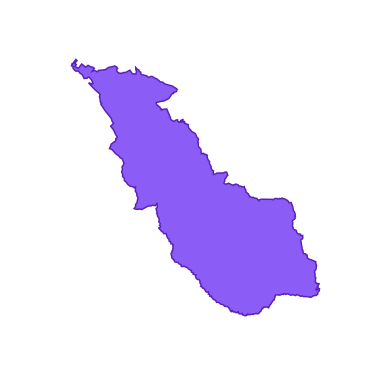 Gura Calitei, Vrancea, Romania (Natural Earth projection), rotated 194°
{"feature_id": "2599482B12509876512521", "entity_name": "Gura Calitei", "entity_type": "district", "adm_level": 2, "iso_a3": "ROU", "parent_name": "Romania", "parent_adm1": "Vrancea", "projection": "natural_earth1", "projection_center": [26.933, 45.627], "detail": "fine", "context": "isolated", "style": "filled", "palette": "violet", "viewbox_px": 384, "rotation_deg": 194, "n_neighbors": 0, "source": "geoboundaries", "source_scale": "gbopen_adm2", "svg_char_len": 5996}
<svg xmlns="http://www.w3.org/2000/svg" viewBox="0 0 384 384"><g transform="rotate(194 192 192)"><path d="M336.8,292.5L339.0,287.2L339.4,287.3L339.4,285.2L337.9,285.1L337.3,283.2L335.1,281.6L333.7,281.2L331.7,281.8L331.0,281.6L329.5,280.2L327.0,279.4L324.1,276.0L321.2,277.1L320.6,278.4L320.1,278.7L316.7,276.6L314.2,273.2L315.3,272.6L318.1,273.0L318.2,272.4L310.8,267.7L304.9,264.7L304.9,262.0L304.2,261.2L302.8,257.3L301.2,256.3L301.7,255.6L301.5,254.9L295.9,249.8L288.3,244.0L286.6,241.3L284.9,240.0L285.8,237.7L286.8,236.5L286.8,236.1L283.2,233.3L279.7,229.0L278.0,227.6L277.7,226.6L278.8,225.5L278.5,223.7L278.9,222.2L279.8,221.7L281.9,219.0L282.5,214.1L280.2,214.0L275.3,210.7L271.7,209.3L270.3,208.0L267.3,207.1L266.4,205.3L265.0,203.7L265.1,201.6L266.0,199.4L265.0,197.5L265.1,194.3L263.4,192.2L263.3,190.6L262.7,189.9L261.7,189.6L260.9,188.5L260.4,186.7L258.0,185.5L256.4,184.0L253.6,182.7L251.0,182.8L249.1,182.1L248.0,183.3L247.1,178.9L245.5,177.7L244.5,175.0L242.7,172.9L243.0,171.6L242.8,168.2L243.6,166.6L243.7,165.7L243.1,164.2L244.2,161.9L242.2,161.7L239.6,162.3L239.2,162.8L236.4,162.9L231.2,167.7L228.4,168.6L226.8,169.7L224.3,169.8L223.4,172.4L223.0,172.3L223.1,171.6L222.3,170.1L222.0,168.6L222.9,167.1L221.2,164.3L220.9,163.3L221.1,162.5L220.3,162.1L219.7,160.4L217.6,158.3L216.9,156.8L217.1,155.0L215.2,153.8L215.1,152.5L215.5,151.9L214.1,150.7L214.5,149.7L215.5,149.1L215.5,148.8L212.8,147.2L212.2,146.5L210.3,145.9L209.4,144.8L206.9,145.3L205.0,141.9L203.7,140.9L203.0,140.8L202.1,138.5L201.4,138.8L200.5,138.3L199.9,136.6L199.1,136.7L197.3,136.2L197.6,135.6L197.2,133.9L196.6,133.2L196.9,132.1L196.6,130.6L197.2,130.0L196.7,128.6L197.5,127.3L195.3,122.9L193.9,122.1L193.1,122.0L192.9,121.3L191.6,120.0L188.4,120.2L187.5,119.3L184.6,118.6L184.6,117.5L183.8,117.2L181.2,118.0L177.6,117.2L176.8,116.5L173.6,115.6L173.4,114.4L172.8,113.9L171.4,114.0L171.0,112.5L168.2,112.5L168.4,111.4L166.8,109.0L164.6,108.4L163.8,108.7L163.0,108.0L162.2,105.6L160.3,103.6L160.7,102.5L158.8,102.0L158.5,101.4L157.1,101.2L155.7,100.2L154.4,98.6L153.0,98.4L152.0,99.1L151.4,98.1L151.5,96.9L150.1,96.6L149.4,95.1L148.0,95.6L147.8,94.8L146.1,93.9L145.4,93.0L143.0,92.6L141.5,90.9L139.3,91.3L136.9,90.1L134.9,90.2L133.6,89.8L132.9,89.0L130.0,89.3L128.5,88.8L127.8,87.8L126.9,87.5L126.1,86.1L124.8,85.4L124.5,85.7L124.8,86.4L124.4,86.7L123.8,86.6L122.8,85.6L121.3,86.1L120.4,85.6L119.1,85.7L118.7,86.6L118.1,86.9L117.1,85.4L115.9,85.3L113.8,86.3L113.5,85.1L110.8,84.8L109.5,85.2L109.4,86.0L108.6,86.1L108.3,87.2L107.6,86.7L106.7,86.7L104.0,88.1L103.1,87.9L102.5,88.9L101.2,89.1L100.5,89.7L98.7,89.6L97.6,90.8L97.2,92.2L96.4,92.6L96.1,95.3L95.4,95.7L95.6,96.4L94.8,96.8L94.4,97.9L93.5,97.8L91.6,98.6L89.6,98.2L89.7,99.5L89.1,100.1L89.1,101.7L88.4,102.2L87.1,106.5L86.2,107.1L86.1,111.3L85.8,112.5L81.8,113.2L79.6,114.8L78.5,114.8L77.8,115.8L76.2,115.3L75.2,116.1L73.9,116.3L71.0,115.7L69.6,116.8L66.5,116.5L65.3,117.9L61.1,117.1L59.9,117.8L58.5,117.5L54.6,118.4L51.6,118.5L50.7,118.9L48.9,120.8L46.3,121.8L45.3,123.5L45.6,125.5L44.6,126.8L44.9,129.0L45.7,128.8L47.4,127.1L48.1,127.2L48.0,127.8L47.3,128.7L47.5,129.9L46.6,130.0L47.1,131.7L47.0,132.7L46.5,133.1L46.6,133.8L48.6,133.2L48.9,133.8L50.2,133.9L50.5,134.4L51.3,139.1L52.3,139.5L52.8,142.5L53.8,143.9L53.6,145.7L53.0,147.1L53.2,149.5L53.5,151.2L54.7,152.7L55.2,154.5L56.5,154.2L57.3,154.7L62.8,155.3L64.3,156.2L65.0,158.6L66.0,158.6L66.8,159.5L68.6,159.2L69.4,159.9L70.4,162.4L71.2,162.8L72.2,165.7L73.4,167.9L73.8,169.6L74.6,170.7L74.7,172.4L73.5,173.2L73.4,174.4L74.1,176.6L76.1,176.1L76.5,177.3L79.4,177.1L80.8,178.4L81.6,180.0L83.9,180.3L85.2,181.0L85.3,182.2L86.4,183.3L86.6,186.1L87.4,187.6L87.4,188.7L85.5,191.4L86.2,192.9L85.8,193.4L86.3,193.9L86.2,194.8L87.7,197.4L89.0,198.3L90.8,202.3L93.3,205.8L95.4,205.0L96.3,206.3L98.1,207.2L98.7,207.1L100.0,207.8L101.1,207.5L103.2,207.9L103.8,206.9L105.4,207.0L106.2,206.1L108.1,206.3L109.9,205.7L111.6,204.0L112.3,204.3L122.9,201.8L125.0,200.6L125.0,199.7L127.7,201.5L130.0,201.2L131.2,201.7L132.4,201.2L135.1,201.4L135.1,202.0L135.9,202.4L136.6,203.6L139.6,205.1L140.4,207.1L142.3,208.9L142.6,209.9L144.0,209.0L145.9,209.5L147.6,209.0L149.0,210.1L151.3,210.3L152.5,209.6L152.7,209.1L153.5,209.0L153.8,208.3L158.6,209.4L160.9,207.8L162.8,207.9L163.3,209.0L162.8,210.4L163.3,212.3L162.2,214.4L162.2,215.7L161.3,216.8L163.1,219.6L164.4,219.5L166.6,217.9L172.4,216.4L173.4,215.3L175.4,214.2L176.2,216.5L176.1,217.5L178.0,218.4L179.3,219.7L179.4,221.0L182.1,224.1L182.3,225.7L184.1,227.1L185.8,229.4L186.0,231.3L187.9,231.9L188.8,231.4L189.1,231.8L189.9,231.7L190.1,232.3L192.3,231.5L193.5,235.0L194.3,236.1L196.7,237.6L197.6,240.0L197.8,241.7L198.7,241.9L198.4,243.9L198.7,245.3L200.7,246.5L202.4,249.0L203.7,249.8L206.8,250.6L210.6,253.3L212.0,255.7L211.9,256.5L215.8,256.8L216.2,257.2L215.8,257.8L216.5,258.6L219.1,257.5L218.2,258.7L218.1,259.9L218.4,260.2L220.2,258.7L220.3,257.8L221.5,256.4L223.0,257.3L223.5,258.6L225.4,257.6L226.5,256.1L229.3,256.8L230.5,257.7L230.9,258.9L236.5,266.4L238.9,265.7L241.7,264.3L241.7,265.1L243.0,265.5L243.9,266.8L245.8,267.2L246.1,267.8L246.9,267.7L248.0,269.0L248.5,270.0L243.4,272.7L241.4,273.4L237.6,276.6L236.9,277.5L235.6,281.4L234.5,283.2L233.9,283.2L234.0,284.0L231.3,285.8L231.5,286.6L231.2,287.7L231.7,288.4L236.6,290.0L244.5,290.3L247.1,291.5L249.1,291.1L253.6,293.3L256.1,293.6L258.1,294.4L259.7,294.3L261.2,293.1L262.3,292.9L264.2,293.8L269.5,293.7L270.3,294.3L270.5,295.5L270.8,295.8L272.3,296.5L273.3,297.6L275.0,298.0L276.7,299.2L276.2,297.5L275.0,295.2L275.0,292.9L278.5,292.3L281.7,295.2L285.5,291.8L286.9,291.6L289.5,289.8L290.7,290.0L291.5,289.6L293.8,290.7L294.2,291.3L294.8,292.9L294.0,293.9L294.3,294.3L295.6,295.2L297.6,295.6L299.7,294.2L302.5,293.1L304.9,290.8L305.0,289.9L312.1,287.4L312.7,285.8L316.4,286.3L318.0,285.0L316.7,288.4L318.9,289.2L320.5,288.9L323.5,289.8L325.4,287.4L330.0,289.5L332.2,284.5L335.9,285.6L335.1,287.7L336.9,288.3L335.4,291.7L336.8,292.5Z" fill="#8b5cf6" stroke="#5b21b6" stroke-width="1.5"/></g></svg>